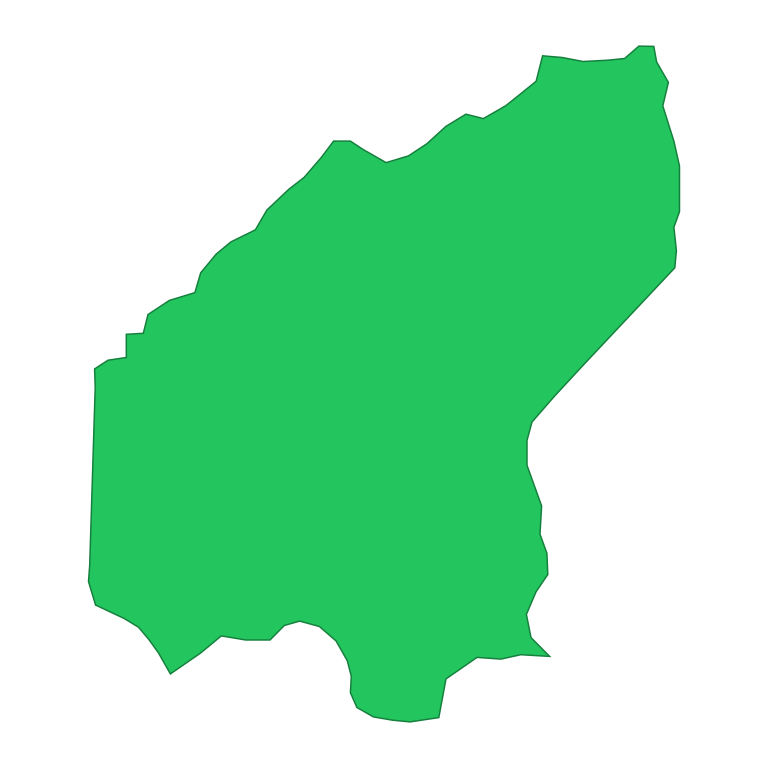 outline of Santa Gertrudes, São Paulo, Brazil
{"feature_id": "56859067B68796233337898", "entity_name": "Santa Gertrudes", "entity_type": "district", "adm_level": 2, "iso_a3": "BRA", "parent_name": "Brazil", "parent_adm1": "São Paulo", "projection": "orthographic", "projection_center": [-47.518, -22.474], "detail": "fine", "context": "isolated", "style": "filled", "palette": "green", "viewbox_px": 768, "rotation_deg": 0, "n_neighbors": 0, "source": "geoboundaries", "source_scale": "gbopen_adm2", "svg_char_len": 1159}
<svg xmlns="http://www.w3.org/2000/svg" viewBox="0 0 768 768"><path d="M653.8,46.4L638.9,46.1L624.6,58.5L607.8,60.2L583.0,61.5L562.2,57.5L542.6,55.8L536.1,81.3L517.8,96.1L505.6,105.8L483.3,118.6L465.9,114.2L446.0,126.3L426.8,143.8L408.4,155.9L386.1,162.6L363.1,149.5L350.4,141.1L333.6,141.1L321.5,157.2L304.1,177.4L288.9,189.2L266.9,210.0L255.4,229.8L230.9,241.9L216.3,254.0L200.7,272.8L194.9,292.6L169.4,300.4L148.0,314.5L143.3,333.3L126.3,334.3L126.3,357.5L108.0,360.2L94.6,368.9L95.2,387.7L89.7,565.1L88.5,581.6L95.6,605.1L124.2,618.5L138.5,627.2L148.7,639.3L158.6,653.1L170.4,673.9L200.5,653.1L221.3,635.9L245.8,640.0L270.0,640.0L284.3,625.5L299.5,621.1L319.4,626.5L336.1,641.0L347.3,660.8L351.3,676.2L350.4,692.7L356.9,707.5L373.4,716.9L392.6,720.2L410.0,721.9L438.8,717.6L446.0,678.9L477.0,657.4L500.9,659.1L520.8,654.7L549.6,656.4L531.0,637.6L526.4,614.4L536.0,591.9L547.8,574.5L546.9,553.3L540.0,534.2L541.6,505.9L527.0,465.3L527.0,440.4L532.0,422.0L554.3,396.4L583.8,364.5L674.8,267.8L676.4,250.7L673.9,227.2L679.5,211.7L679.5,166.0L673.9,141.2L662.8,105.9L668.4,82.4L656.6,61.9L653.8,46.4Z" fill="#22c55e" stroke="#15803d" stroke-width="1.5"/></svg>